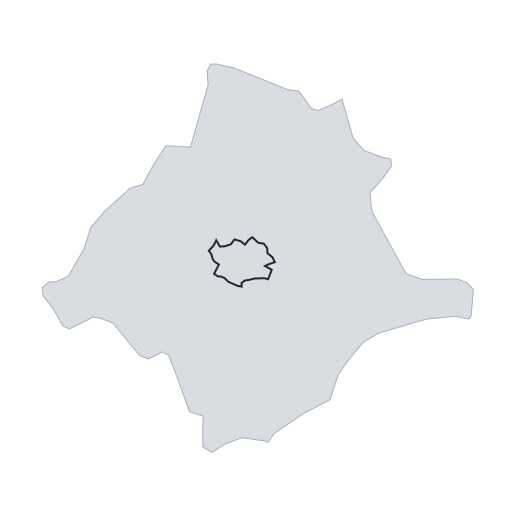 where Glogovac sits in Kosovo, rotated 267°
{"feature_id": "KOS-5899", "entity_name": "Glogovac", "entity_type": "District", "adm_level": 1, "iso_a3": "XKX", "parent_name": "Kosovo", "parent_adm1": "", "projection": "albers", "projection_center": [20.868, 42.604], "detail": "fine", "context": "in_parent", "style": "outline", "palette": "slate", "viewbox_px": 512, "rotation_deg": 267, "n_neighbors": 0, "source": "natural_earth", "source_scale": "10m", "svg_char_len": 1536}
<svg xmlns="http://www.w3.org/2000/svg" viewBox="0 0 512 512"><g transform="rotate(267 256 256)"><path d="M133.1,172.8L161.1,163.8L165.2,157.4L158.8,143.4L162.6,134.7L196.1,110.0L201.6,98.7L203.6,89.9L199.2,80.5L193.0,65.8L196.0,59.6L213.3,51.2L227.3,41.3L235.6,40.6L240.8,47.7L240.8,55.0L245.4,67.4L255.8,74.1L273.0,85.0L292.9,92.4L308.7,107.3L330.2,133.8L333.5,146.9L352.8,158.6L370.8,171.7L368.2,196.3L429.5,217.2L443.3,216.9L449.9,220.6L449.8,226.2L445.1,243.4L420.4,296.4L418.5,307.3L400.5,319.0L398.0,325.6L403.3,340.1L408.1,350.3L407.7,350.2L368.9,359.0L355.9,369.1L348.2,386.6L345.8,395.7L338.9,396.0L327.4,387.1L313.0,373.0L294.2,374.2L230.3,404.9L223.9,421.1L222.5,456.0L218.1,465.4L211.2,471.4L184.7,467.6L181.9,465.3L185.4,451.9L184.1,422.6L172.4,374.0L163.9,358.1L146.5,342.2L133.0,331.8L108.7,322.4L96.5,295.7L78.2,265.3L69.3,258.3L70.8,255.3L75.3,232.5L70.1,215.9L62.1,201.6L67.8,193.1L84.8,193.4L98.8,195.0L104.0,181.5L133.1,172.8Z" fill="#d9dde1" stroke="#a8b0b8" stroke-width="1"/><path d="M232.1,266.7L233.4,263.4L233.6,253.7L232.5,247.9L232.1,243.6L229.8,240.1L226.2,240.1L227.1,236.1L231.8,226.9L235.7,223.4L237.4,219.8L237.6,216.9L240.4,213.2L249.4,218.5L252.6,214.2L255.6,212.5L260.2,211.5L263.7,209.1L268.6,214.2L273.8,217.1L267.3,220.5L267.3,225.2L269.0,231.5L273.7,235.4L271.4,241.7L267.9,245.6L272.5,249.5L274.9,253.4L269.1,258.9L267.9,264.4L263.3,267.6L258.1,267.6L254.0,272.3L248.9,274.5L247.1,268.2L245.5,264.5L241.4,271.0L234.4,267.9L232.1,266.7Z" fill="none" stroke="#1e293b" stroke-width="2"/></g></svg>